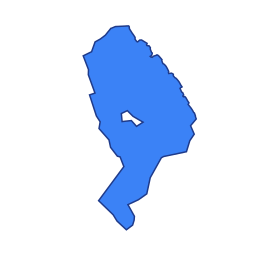 outline of Alleghany, Virginia, United States of America, rotated 108°
{"feature_id": "52423323B98593470147250", "entity_name": "Alleghany", "entity_type": "district", "adm_level": 2, "iso_a3": "USA", "parent_name": "United States of America", "parent_adm1": "Virginia", "projection": "mercator", "projection_center": [-80.111, 37.778], "detail": "fine", "context": "isolated", "style": "filled", "palette": "blue", "viewbox_px": 256, "rotation_deg": 108, "n_neighbors": 0, "source": "geoboundaries", "source_scale": "gbopen_adm2", "svg_char_len": 1637}
<svg xmlns="http://www.w3.org/2000/svg" viewBox="0 0 256 256"><g transform="rotate(108 128 128)"><path d="M108.4,174.8L126.3,161.8L130.7,156.4L137.5,155.4L145.2,142.4L151.8,138.6L158.1,129.4L157.9,126.6L166.0,120.0L206.2,133.5L215.1,115.3L219.9,109.7L225.3,98.1L218.9,93.6L213.7,93.7L210.0,94.6L200.9,104.4L193.0,95.9L184.8,89.8L168.4,91.5L146.0,87.1L144.1,85.3L132.5,65.1L121.0,65.3L113.4,63.1L106.5,69.2L98.3,65.9L98.2,66.0L96.3,67.4L95.5,67.7L93.2,69.5L92.9,70.4L91.4,71.9L89.7,74.0L87.0,78.1L85.2,77.8L84.1,79.3L81.3,82.3L80.7,83.3L80.6,83.9L81.1,84.4L81.0,85.4L80.2,85.7L79.5,85.3L79.3,85.3L77.7,86.7L77.4,87.0L77.3,87.9L77.0,88.3L74.2,90.8L73.0,90.1L72.7,89.6L72.2,89.3L70.8,91.1L68.5,93.5L66.6,96.3L65.7,98.1L65.7,98.9L64.4,101.0L62.9,101.5L62.6,102.2L62.4,103.6L63.6,106.1L62.9,106.6L61.6,106.8L59.3,109.0L57.9,110.5L57.0,111.7L56.1,113.6L56.0,114.6L54.7,115.8L53.2,116.8L52.5,116.8L50.1,120.7L49.5,122.2L49.5,123.1L49.9,123.3L52.1,126.3L52.5,126.3L53.3,126.8L53.4,128.4L53.1,128.7L53.0,128.9L52.8,128.6L51.6,128.1L50.0,127.9L49.2,128.1L48.8,129.0L46.1,131.2L44.6,131.6L43.3,133.5L43.6,134.1L43.7,135.6L43.2,136.1L41.9,135.9L41.6,136.0L40.1,142.3L40.8,144.1L43.1,145.4L43.1,146.3L42.8,146.8L41.4,148.7L39.6,149.3L37.5,151.9L36.6,153.2L33.2,157.3L31.2,158.2L30.7,158.9L31.7,161.7L31.8,161.8L35.4,171.3L37.9,174.2L38.8,175.2L38.8,175.3L39.5,175.4L39.9,175.6L42.4,176.6L46.7,178.2L51.9,181.8L56.3,185.9L66.7,186.2L73.2,192.9L84.7,183.6L89.6,182.2L105.0,170.2L108.4,174.8ZM111.7,134.0L115.4,126.7L117.8,115.5L123.8,120.4L119.9,127.1L123.7,135.6L116.3,138.8L111.7,134.0Z" fill="#3b82f6" stroke="#1e3a8a" stroke-width="1.5"/></g></svg>